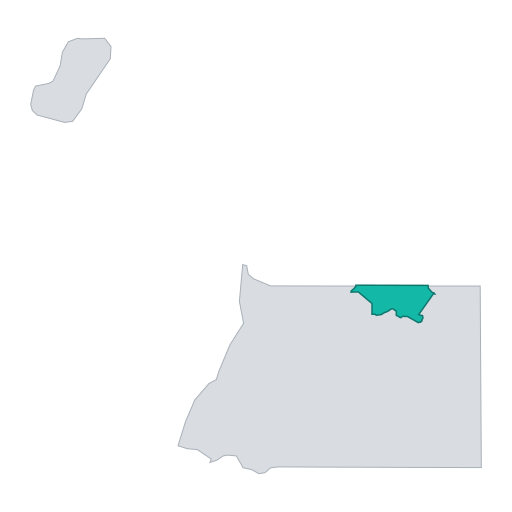 Micomiseng, Kié-Ntem, Equatorial Guinea shown in context
{"feature_id": "11065452B35658646165921", "entity_name": "Micomiseng", "entity_type": "district", "adm_level": 2, "iso_a3": "GNQ", "parent_name": "Equatorial Guinea", "parent_adm1": "Kié-Ntem", "projection": "albers", "projection_center": [10.868, 2.052], "detail": "fine", "context": "in_parent", "style": "filled", "palette": "teal", "viewbox_px": 512, "rotation_deg": 0, "n_neighbors": 0, "source": "geoboundaries", "source_scale": "gbopen_adm2", "svg_char_len": 2180}
<svg xmlns="http://www.w3.org/2000/svg" viewBox="0 0 512 512"><path d="M480.2,286.0L480.4,322.0L480.6,352.5L480.8,385.4L481.0,419.7L481.2,448.8L481.3,467.6L449.4,467.5L407.2,467.4L364.9,467.2L322.6,467.1L301.4,467.0L278.0,466.9L270.4,467.9L265.2,472.6L259.0,473.7L251.8,469.7L243.0,467.7L240.7,463.5L236.3,455.9L227.6,455.1L223.2,455.9L216.9,460.2L209.9,462.5L211.2,459.0L197.3,449.6L187.3,448.7L178.0,445.8L185.6,421.4L194.9,399.8L209.0,383.5L216.4,379.5L218.8,371.5L229.9,344.9L243.6,323.3L239.4,301.4L242.7,264.6L246.7,265.7L247.3,269.2L248.3,274.3L253.5,278.8L270.5,285.9L321.4,286.0L351.7,286.0L396.6,286.0L444.1,286.0L480.2,286.0ZM77.6,38.3L81.5,38.9L104.7,38.3L111.0,46.6L110.3,58.7L86.3,94.0L81.8,108.8L72.6,121.4L64.5,122.4L37.0,115.0L32.4,110.5L30.7,104.4L33.5,90.4L35.5,86.1L48.7,83.4L53.0,81.1L60.1,66.0L62.4,52.2L68.4,41.7L77.6,38.3Z" fill="#d9dde1" stroke="#a8b0b8" stroke-width="1"/><path d="M400.8,317.7L402.4,316.5L402.9,316.3L405.4,316.5L407.3,316.4L418.4,322.7L419.3,322.0L420.5,322.2L422.0,320.9L421.9,320.5L421.9,320.4L421.9,320.1L422.0,319.8L422.1,319.5L422.1,319.4L422.3,319.1L422.5,318.9L422.7,318.7L422.8,318.4L422.9,318.1L422.8,317.7L422.9,317.3L422.9,317.1L422.8,316.9L422.7,316.9L422.5,316.5L422.5,316.4L422.5,316.1L422.6,315.9L422.6,315.7L422.4,315.5L422.2,315.5L421.9,315.5L421.3,315.4L421.0,315.3L420.7,315.2L420.3,315.1L420.0,315.0L419.7,314.9L419.0,314.7L418.7,314.6L425.2,305.4L425.4,305.1L427.5,302.1L429.1,299.9L429.2,299.7L429.3,299.5L429.5,299.4L429.6,299.2L432.4,295.2L433.5,293.7L434.3,293.8L434.7,293.9L434.5,293.6L434.0,292.9L432.1,292.4L429.1,289.0L428.3,288.1L428.2,286.8L428.1,285.4L355.9,285.2L355.9,285.3L355.9,286.2L355.7,286.4L355.1,287.3L353.9,288.7L353.0,289.4L351.9,290.3L351.2,291.0L351.0,292.1L351.4,292.1L358.3,291.9L365.7,298.2L365.8,298.3L372.0,303.5L372.0,308.8L372.0,309.1L372.0,314.3L373.4,314.2L375.2,314.3L376.1,315.2L376.8,315.2L378.1,315.0L379.8,314.8L381.8,314.4L383.2,313.3L384.9,312.4L386.3,312.0L388.3,311.0L390.3,309.6L391.5,308.9L392.4,308.7L393.3,309.1L394.6,310.2L395.9,310.7L396.4,311.8L396.2,315.1L396.9,315.8L398.2,316.2L399.5,317.2L400.8,317.7Z" fill="#14b8a6" stroke="#0f766e" stroke-width="1.5"/></svg>